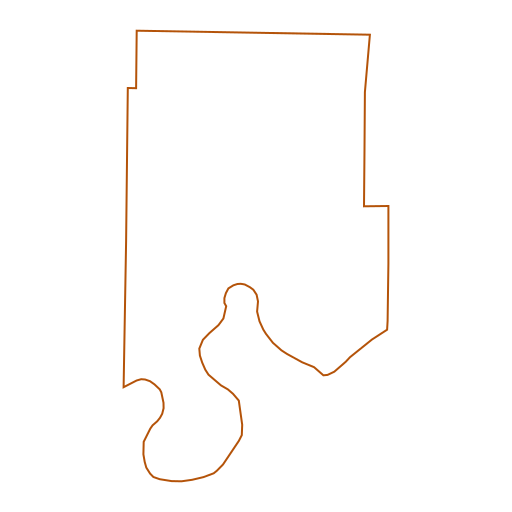 outline of Vanderburgh, Indiana, United States of America
{"feature_id": "52423323B71593821490385", "entity_name": "Vanderburgh", "entity_type": "district", "adm_level": 2, "iso_a3": "USA", "parent_name": "United States of America", "parent_adm1": "Indiana", "projection": "natural_earth1", "projection_center": [-87.601, 37.997], "detail": "fine", "context": "isolated", "style": "outline", "palette": "amber", "viewbox_px": 512, "rotation_deg": 0, "n_neighbors": 0, "source": "geoboundaries", "source_scale": "gbopen_adm2", "svg_char_len": 1177}
<svg xmlns="http://www.w3.org/2000/svg" viewBox="0 0 512 512"><path d="M136.7,30.7L136.1,88.2L127.8,88.0L126.1,241.4L123.6,387.2L136.6,380.5L141.2,379.2L145.1,379.5L150.0,381.2L154.5,384.4L159.7,389.3L161.3,392.3L163.5,402.8L163.6,408.2L162.2,413.8L160.0,417.8L157.2,421.3L152.6,425.3L150.3,428.6L143.7,441.8L143.4,454.3L144.7,461.9L146.3,467.6L150.1,473.6L153.4,477.0L159.7,479.2L171.6,481.1L181.5,481.3L192.1,479.8L203.5,477.1L213.7,473.3L216.8,470.8L223.0,464.5L238.9,440.8L241.8,435.1L242.2,424.8L238.8,400.6L233.0,393.8L227.9,389.4L221.0,385.4L208.5,374.7L205.3,369.7L202.2,362.6L199.9,355.6L199.3,348.6L202.9,339.8L209.4,333.1L218.5,325.1L223.4,318.5L226.2,306.2L224.4,303.0L224.4,298.1L225.9,293.1L228.4,288.4L233.4,285.3L237.4,284.0L240.7,283.8L242.7,284.1L244.8,284.5L249.9,287.2L253.3,289.7L256.6,294.7L258.0,301.4L257.1,311.6L259.5,321.3L263.3,329.6L266.0,333.9L272.9,342.8L281.4,350.3L284.3,352.2L287.1,354.0L302.2,362.3L314.1,367.2L323.4,375.3L327.6,374.9L334.3,371.7L345.7,361.8L350.0,357.2L372.0,339.5L387.1,329.7L387.6,321.0L388.4,263.8L388.4,206.0L364.0,206.3L364.5,149.4L364.9,92.1L369.9,34.7L136.7,30.7Z" fill="none" stroke="#b45309" stroke-width="2"/></svg>